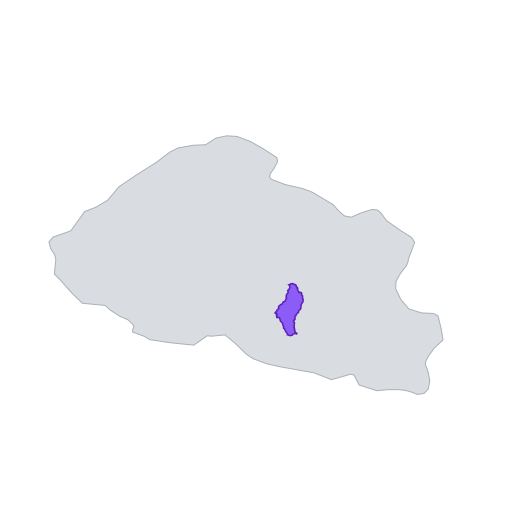 location of Nangkor, Shemgang, Bhutan, rotated 16°
{"feature_id": "84629894B93769975990256", "entity_name": "Nangkor", "entity_type": "district", "adm_level": 2, "iso_a3": "BTN", "parent_name": "Bhutan", "parent_adm1": "Shemgang", "projection": "orthographic", "projection_center": [90.802, 27.203], "detail": "fine", "context": "in_parent", "style": "filled", "palette": "violet", "viewbox_px": 512, "rotation_deg": 16, "n_neighbors": 0, "source": "geoboundaries", "source_scale": "gbopen_adm2", "svg_char_len": 6447}
<svg xmlns="http://www.w3.org/2000/svg" viewBox="0 0 512 512"><g transform="rotate(16 256 256)"><path d="M403.7,221.5L403.0,224.6L399.7,232.8L397.5,241.8L399.4,249.1L407.1,257.8L417.5,264.7L430.6,265.1L442.6,262.3L447.5,263.4L454.1,275.0L458.9,285.1L452.7,295.5L449.3,304.7L448.1,311.2L448.9,314.0L452.9,319.2L457.5,328.1L458.2,336.4L455.4,341.8L449.2,344.6L442.5,343.9L437.0,344.0L430.1,345.1L419.4,348.2L409.4,352.2L390.7,351.6L383.1,343.5L379.6,343.5L362.5,354.1L343.9,352.3L310.1,355.8L295.9,356.7L281.4,355.5L274.0,353.2L260.4,345.8L248.0,340.4L235.4,345.3L231.0,346.2L220.8,358.8L198.8,362.8L177.0,365.7L170.5,364.0L158.2,363.1L157.8,360.2L158.2,357.3L155.4,355.0L150.4,352.6L141.9,351.5L130.9,348.2L124.6,345.1L102.1,349.3L89.2,342.4L74.5,333.0L67.1,328.9L64.6,314.7L62.0,310.1L56.3,305.2L53.1,299.5L55.8,293.7L70.7,283.1L71.9,280.6L79.0,260.5L88.6,253.3L98.0,243.3L105.2,227.2L119.0,210.7L134.1,193.8L144.4,180.0L151.3,173.6L165.3,166.8L177.0,162.9L185.1,153.6L194.9,148.5L204.9,146.3L219.7,147.6L233.7,151.0L249.0,155.7L250.7,159.4L249.4,166.0L247.2,172.7L247.1,176.1L249.4,178.0L264.4,179.3L282.8,178.3L293.1,179.3L316.1,185.4L322.9,189.8L329.9,193.1L336.7,192.5L345.4,185.4L354.6,179.3L360.2,178.3L364.3,180.2L371.6,186.0L386.8,191.3L400.4,195.3L404.8,199.2L403.4,215.9L403.7,221.5Z" fill="#d9dde1" stroke="#a8b0b8" stroke-width="1"/><path d="M316.7,319.5L316.5,319.3L316.4,319.0L316.2,319.0L315.9,318.8L315.6,319.0L315.4,319.0L315.3,318.8L315.2,318.7L314.8,318.6L314.7,318.6L314.5,318.3L314.4,318.2L314.4,317.7L314.2,317.4L314.0,317.2L313.9,317.0L313.7,316.8L313.5,316.6L313.4,316.5L313.4,316.3L313.4,316.2L313.2,315.9L313.3,315.7L313.2,315.6L313.1,315.3L313.0,315.2L312.9,315.1L312.7,314.9L312.7,314.7L312.2,314.4L312.2,314.0L312.2,313.8L312.3,313.7L312.2,313.6L312.2,313.4L312.0,313.2L312.0,312.9L311.9,312.6L312.0,312.3L311.9,312.0L311.7,311.7L311.7,311.4L311.6,311.1L311.6,310.8L311.6,310.3L311.6,310.2L311.6,309.9L311.4,309.6L311.1,309.3L311.0,309.2L310.8,309.1L310.5,309.1L310.4,309.1L310.1,308.9L310.0,308.7L310.1,308.2L310.3,307.9L310.5,307.3L310.3,307.1L310.2,307.0L310.4,306.7L310.8,306.4L310.9,306.2L310.9,305.7L310.8,305.4L310.8,305.2L310.6,304.9L310.5,304.7L310.4,304.5L310.4,304.4L310.3,304.2L310.2,303.9L310.0,303.5L310.1,303.3L310.3,303.1L310.4,302.9L310.6,302.7L310.8,302.4L310.7,302.3L310.6,302.1L310.7,301.9L310.8,301.3L310.9,300.8L311.1,300.5L311.2,300.2L311.3,300.0L311.5,299.9L311.7,299.4L312.0,299.0L312.3,298.7L312.4,298.2L312.4,297.9L312.2,297.2L312.2,296.9L312.2,296.6L312.3,296.4L312.4,296.2L312.7,295.9L313.2,295.3L313.4,294.9L313.5,294.8L313.5,294.4L313.4,293.7L313.3,293.3L313.3,292.9L313.2,292.1L313.0,291.4L313.0,291.2L312.7,290.9L312.6,290.7L312.7,290.3L312.7,290.2L312.9,289.8L313.0,289.5L313.1,289.4L313.0,289.1L313.1,288.9L313.2,288.5L313.5,288.2L313.5,287.8L313.6,287.5L313.7,287.4L313.8,287.0L313.7,286.8L313.7,286.7L313.7,286.4L313.5,286.0L313.5,285.4L313.4,285.3L313.4,285.0L313.3,284.8L313.3,284.7L313.2,284.6L313.0,284.4L312.9,284.2L312.7,283.9L312.4,283.6L312.3,283.4L312.1,283.1L312.1,282.3L311.8,281.9L311.7,281.7L311.6,281.3L311.4,281.3L311.2,281.1L310.9,281.0L310.7,280.9L310.5,280.6L310.4,280.5L310.3,280.4L310.2,280.1L310.2,279.8L310.3,279.6L310.1,279.2L309.9,279.1L309.8,278.9L309.7,278.7L309.0,278.8L308.8,278.8L308.3,278.7L308.2,278.8L307.9,279.2L307.7,279.2L307.6,279.3L307.3,279.3L307.1,278.9L307.0,278.7L306.8,278.4L306.5,278.2L306.2,278.0L306.0,277.9L305.9,277.9L305.5,277.1L305.3,276.9L305.1,276.8L305.0,276.5L304.9,276.3L304.7,275.9L304.9,275.7L305.0,275.5L304.8,275.4L304.5,275.2L304.4,274.8L304.0,274.7L303.7,274.7L303.3,274.3L303.0,273.8L302.8,273.7L302.8,273.4L302.7,273.2L302.3,273.0L302.2,272.9L301.9,272.7L301.6,272.7L301.4,272.8L301.1,272.8L300.7,272.7L300.1,272.5L299.7,272.6L299.2,272.5L298.8,272.7L298.6,272.5L298.3,272.7L297.5,272.9L297.3,273.0L297.0,273.2L296.9,273.4L296.8,273.7L296.5,273.9L296.6,274.0L296.2,274.4L295.5,274.7L296.4,275.3L296.7,275.6L296.9,275.8L297.1,276.6L297.1,276.8L297.1,277.0L297.2,277.5L297.1,277.8L297.1,278.2L296.9,278.5L296.9,278.8L296.9,279.3L296.7,279.6L296.4,279.7L296.2,280.0L296.0,280.3L296.0,280.5L296.1,280.9L296.7,281.2L296.8,281.3L296.9,281.5L296.9,281.9L296.9,282.1L296.8,282.8L296.8,283.0L296.7,283.1L296.4,283.8L296.0,284.3L296.0,284.5L296.1,284.9L296.1,285.0L296.0,285.9L296.0,286.0L296.1,286.3L296.2,286.5L296.3,286.6L296.3,287.2L296.3,287.3L296.9,287.5L297.0,287.7L297.0,288.3L296.9,288.5L296.8,288.8L296.7,289.0L296.7,289.3L296.5,290.0L296.5,290.3L296.5,290.6L296.5,291.0L296.4,291.1L296.3,291.3L296.0,291.7L295.8,292.1L295.7,292.2L295.1,292.4L294.9,292.6L294.8,293.0L294.6,293.3L294.6,293.5L294.5,294.1L294.5,294.4L294.5,294.6L294.5,294.8L294.2,295.1L293.6,295.5L293.2,295.9L292.8,296.2L292.6,296.8L292.4,297.2L292.2,297.4L292.0,297.5L291.7,298.1L291.7,298.4L291.7,298.6L291.8,299.2L291.9,299.5L292.2,299.9L292.3,300.4L292.3,300.5L292.2,300.7L291.9,300.8L291.8,301.0L291.7,301.2L291.4,301.6L291.3,301.8L291.2,302.0L291.0,302.4L291.1,302.8L291.1,303.4L291.0,303.7L290.9,303.8L290.4,304.3L290.2,304.8L290.2,305.0L290.1,305.4L290.0,305.6L290.2,305.8L290.4,305.9L290.5,305.9L290.7,305.4L290.9,305.2L291.1,305.3L291.7,305.8L292.0,306.2L292.3,306.4L292.4,306.5L292.0,307.0L292.0,307.4L292.2,307.5L292.5,307.7L292.5,308.0L292.4,308.3L292.4,308.5L292.7,308.9L292.8,309.1L292.9,309.3L293.0,309.4L293.2,309.5L293.3,309.5L293.9,309.0L294.1,308.9L294.3,308.8L295.0,308.8L295.3,308.9L295.7,309.2L295.8,309.2L295.8,309.5L296.2,309.9L296.4,310.0L296.7,310.4L296.7,310.7L296.8,310.8L297.0,311.1L297.3,311.4L297.3,311.6L297.6,312.0L297.9,312.1L298.1,312.2L298.5,312.4L299.1,312.7L299.5,312.9L299.8,313.2L299.9,313.4L300.3,313.7L300.6,314.4L300.8,314.9L300.9,315.1L301.1,315.2L301.3,315.3L301.6,315.6L301.8,315.9L301.9,316.4L302.0,316.7L302.1,317.0L302.4,317.5L302.5,317.9L303.3,318.1L303.6,318.4L303.9,318.5L304.2,319.0L304.8,319.7L305.1,320.2L305.3,320.4L305.7,320.5L305.8,320.7L306.2,321.0L306.5,321.2L306.9,321.4L307.1,321.7L307.3,322.0L307.6,322.4L307.9,322.7L308.0,322.9L308.0,323.0L308.2,322.9L308.3,322.8L308.5,322.9L308.6,323.0L309.3,323.1L309.5,323.1L309.8,323.1L310.0,323.1L310.4,323.2L310.5,323.1L311.1,323.0L311.3,322.9L311.8,322.7L312.3,322.3L312.5,322.3L312.8,322.0L313.0,321.4L313.2,321.0L313.5,320.6L313.7,320.4L313.8,320.3L314.1,320.2L314.4,319.9L314.6,319.8L314.9,319.7L315.1,319.7L315.3,319.7L315.9,319.8L316.1,319.8L316.4,319.8L316.6,319.6L316.7,319.5Z" fill="#8b5cf6" stroke="#5b21b6" stroke-width="1.5"/></g></svg>